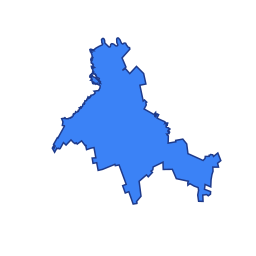 Casas, Tamaulipas, Mexico, rotated 342°
{"feature_id": "50627088B27179014352278", "entity_name": "Casas", "entity_type": "district", "adm_level": 2, "iso_a3": "MEX", "parent_name": "Mexico", "parent_adm1": "Tamaulipas", "projection": "mercator", "projection_center": [-98.689, 23.544], "detail": "fine", "context": "isolated", "style": "filled", "palette": "blue", "viewbox_px": 256, "rotation_deg": 342, "n_neighbors": 0, "source": "geoboundaries", "source_scale": "gbopen_adm2", "svg_char_len": 5619}
<svg xmlns="http://www.w3.org/2000/svg" viewBox="0 0 256 256"><g transform="rotate(342 128 128)"><path d="M69.7,98.8L67.8,98.6L68.0,102.1L66.3,105.3L68.2,106.3L68.2,106.5L58.2,115.9L57.8,115.4L52.1,120.6L53.0,122.2L53.0,122.8L51.6,124.2L51.3,122.4L49.8,123.8L50.7,128.4L54.0,125.3L54.3,125.8L55.7,125.8L56.1,126.6L57.1,126.6L62.1,121.9L63.8,125.1L70.1,121.7L71.6,124.9L72.8,126.5L74.2,126.0L74.7,127.6L79.9,125.9L81.8,131.4L82.5,131.4L82.6,131.8L82.3,131.9L81.9,135.8L86.5,135.7L89.6,136.1L88.2,146.4L84.6,145.5L83.8,150.8L87.5,151.3L86.5,159.1L90.9,159.5L104.3,158.5L104.3,159.9L108.1,160.4L108.9,181.0L105.1,181.2L105.3,189.0L109.1,188.8L109.4,201.9L113.1,202.5L113.4,202.2L113.4,200.6L119.3,196.9L122.1,182.1L131.1,178.3L132.2,180.7L137.5,177.8L136.6,176.1L138.7,175.4L139.9,172.8L150.7,171.3L148.7,178.3L157.4,181.0L158.3,191.1L169.0,197.3L167.8,198.8L167.6,200.0L167.3,200.9L169.7,200.1L173.0,203.7L176.3,206.3L175.9,209.0L173.6,213.3L172.5,219.5L176.7,221.0L178.4,214.9L182.2,215.6L183.4,217.3L186.0,216.4L186.9,214.0L181.8,209.9L183.9,205.5L188.5,209.6L191.0,202.9L193.4,198.3L195.5,195.4L196.6,191.4L202.0,193.2L202.3,189.2L206.2,187.7L205.7,179.5L200.5,181.5L200.3,179.7L198.3,178.7L197.2,179.3L196.7,179.1L196.4,180.1L192.7,178.9L191.8,180.8L189.4,182.1L177.1,170.9L178.9,161.3L176.7,155.5L169.5,154.5L169.2,155.9L161.5,154.8L163.9,148.1L163.8,147.6L163.2,147.1L163.0,146.0L163.5,146.4L164.8,145.3L164.8,145.8L165.3,146.0L165.8,145.1L166.2,145.0L166.3,144.6L166.0,143.9L165.1,143.6L164.9,143.2L165.5,142.6L166.2,142.6L166.6,141.9L167.1,142.3L167.5,142.1L167.6,141.8L167.5,141.6L166.7,140.9L166.4,140.2L165.6,139.9L164.6,139.0L164.8,138.6L164.8,137.9L165.4,136.8L165.7,136.8L165.7,137.4L166.1,137.5L166.2,137.0L167.2,135.9L167.3,135.5L166.9,135.4L166.4,135.7L165.7,135.4L164.6,135.2L165.3,134.8L165.5,134.5L164.8,134.0L164.7,133.7L164.9,133.4L160.0,128.9L158.7,127.4L161.3,124.8L160.1,123.6L157.5,125.8L157.1,125.3L157.2,124.3L157.5,123.7L158.1,123.6L158.5,123.2L158.7,123.8L159.1,121.7L156.8,123.1L149.2,114.9L152.5,111.7L152.7,109.6L153.8,109.2L152.3,106.4L150.8,107.0L152.5,91.0L158.6,91.7L159.7,81.0L155.1,72.0L146.5,76.8L144.0,71.0L142.5,71.0L140.5,71.5L144.9,69.4L144.0,59.5L154.1,53.6L154.3,52.0L153.4,51.6L153.1,51.1L152.2,48.6L152.0,46.8L151.4,46.3L150.5,46.0L149.7,46.4L148.9,46.4L148.1,45.6L147.8,44.0L147.7,41.9L146.8,39.7L146.3,39.2L145.5,39.2L144.7,39.9L143.8,43.1L144.0,45.7L143.7,46.3L143.1,46.5L142.6,46.5L141.8,46.1L140.4,43.9L139.3,43.1L138.6,42.8L137.5,43.1L137.1,43.6L136.6,44.7L136.2,45.2L135.5,45.3L134.9,45.0L132.4,40.3L132.3,39.5L132.8,37.7L132.8,36.1L132.1,35.1L131.6,35.0L130.9,35.2L130.1,35.8L129.7,38.1L129.4,38.9L129.9,39.9L129.9,40.2L129.1,41.0L125.7,41.4L121.8,42.2L120.6,42.7L120.5,43.0L119.2,42.9L118.9,43.2L118.7,43.4L119.0,43.8L118.7,43.7L118.5,43.8L118.4,43.3L118.1,43.4L118.6,42.9L118.4,42.5L117.4,41.9L117.1,41.9L117.1,41.7L116.8,41.7L116.5,41.4L116.2,41.5L115.9,41.7L115.9,42.5L116.4,42.6L116.0,42.8L115.9,43.1L116.4,43.3L116.0,43.4L115.9,44.1L116.4,44.3L116.6,44.6L116.2,44.5L116.3,47.1L116.1,49.1L116.3,49.8L115.5,49.7L115.6,50.5L115.8,50.7L115.7,51.1L115.3,51.0L115.0,51.4L114.8,51.2L114.8,51.5L114.2,50.8L114.0,51.2L113.8,51.3L113.7,51.9L114.0,52.6L113.6,52.7L113.6,53.5L113.8,53.8L113.6,54.2L113.4,54.2L113.1,54.6L113.3,55.0L113.5,55.0L113.7,55.4L114.3,55.8L114.1,56.6L114.6,57.0L115.0,56.8L114.5,57.3L113.6,57.2L114.2,57.6L113.8,58.2L113.8,59.1L114.4,59.4L114.7,59.9L114.0,59.7L113.8,60.3L113.2,60.0L112.8,59.4L113.0,59.0L112.6,58.7L112.5,58.1L112.2,58.0L112.1,59.0L112.4,59.2L112.0,59.9L112.5,61.4L112.3,61.8L112.4,62.8L111.9,63.4L112.6,64.1L112.3,64.2L112.3,64.6L111.8,64.2L111.0,65.1L112.3,66.2L113.3,66.4L113.2,66.8L113.7,67.0L113.9,67.5L113.9,67.9L113.5,68.1L113.5,68.3L114.1,69.4L113.6,70.2L115.5,71.4L116.0,72.0L115.5,72.8L114.9,72.8L115.2,74.0L116.1,75.5L115.5,76.5L115.6,76.9L114.9,76.4L115.6,75.9L115.8,75.2L115.2,74.6L114.6,74.7L114.6,73.4L114.0,73.0L113.8,72.1L113.1,71.6L113.0,71.0L112.8,70.8L112.4,69.9L110.5,68.4L110.5,67.8L110.2,67.3L110.3,67.0L109.9,65.6L109.6,66.1L109.3,66.3L109.1,66.2L109.2,65.7L108.8,65.8L108.5,66.1L108.5,66.4L108.8,66.5L108.6,66.6L108.3,66.4L108.1,66.5L108.5,67.2L108.0,67.2L107.9,67.4L107.7,67.2L107.4,67.5L107.4,67.8L107.8,68.3L108.5,68.1L108.6,68.4L108.9,68.3L108.8,68.8L108.6,68.5L108.2,68.7L108.8,70.2L108.8,71.0L108.5,71.2L107.7,70.7L107.3,71.0L107.9,71.2L108.5,73.3L108.9,73.2L109.2,73.5L108.2,73.7L108.2,74.8L108.6,75.1L108.8,74.6L109.6,74.7L109.9,74.9L109.4,74.9L109.3,75.2L110.0,75.8L110.1,75.7L110.4,76.1L110.6,75.8L111.0,75.7L111.0,76.0L111.3,76.3L111.5,76.3L111.6,76.0L111.8,76.0L112.1,76.0L111.7,76.3L112.0,76.8L113.2,77.4L112.8,78.0L113.1,77.7L113.8,77.6L113.7,77.9L114.0,77.9L114.6,79.3L113.6,81.4L112.0,82.9L111.8,82.9L111.6,83.3L107.1,82.5L107.5,83.3L107.5,84.6L106.0,85.4L105.2,85.6L102.7,85.5L102.5,86.4L101.9,86.8L101.5,86.5L101.1,87.1L100.5,86.6L100.4,86.8L100.6,87.0L100.4,87.1L99.6,87.1L99.4,86.3L98.7,87.2L99.2,87.6L98.9,87.6L98.9,87.8L98.4,87.8L98.4,87.5L98.1,87.7L97.4,88.3L97.2,89.0L96.2,89.2L95.5,88.8L94.9,89.9L94.0,90.4L93.9,90.8L94.3,91.3L93.9,91.8L92.9,91.4L92.5,91.4L91.3,93.5L90.2,93.7L89.8,93.2L89.5,93.3L89.4,93.9L89.7,94.3L89.6,94.6L88.9,94.4L88.5,93.7L87.8,93.7L88.0,94.5L87.8,95.2L86.9,95.8L86.4,95.7L85.9,96.8L85.2,96.6L85.0,97.0L83.8,97.1L83.2,96.4L82.8,97.3L82.5,97.5L81.7,97.7L81.5,98.0L81.1,97.6L80.5,97.7L80.0,98.3L80.1,98.7L79.7,99.4L79.4,99.6L78.4,99.7L78.1,100.4L77.7,100.5L76.8,100.2L76.5,100.3L76.6,100.7L76.3,100.8L75.1,100.3L74.1,100.7L71.8,100.0L71.5,99.6L71.3,98.7L71.1,98.6L70.3,99.3L70.1,99.3L69.7,98.8Z" fill="#3b82f6" stroke="#1e3a8a" stroke-width="1.5"/></g></svg>